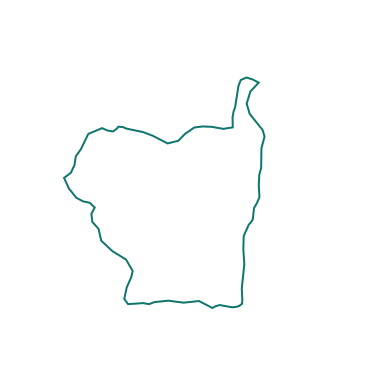 an SVG outline of Isparta, rotated 135°
{"feature_id": "TUR-2275", "entity_name": "Isparta", "entity_type": "Province", "adm_level": 1, "iso_a3": "TUR", "parent_name": "Turkey", "parent_adm1": "", "projection": "orthographic", "projection_center": [30.888, 37.933], "detail": "fine", "context": "isolated", "style": "outline", "palette": "teal", "viewbox_px": 384, "rotation_deg": 135, "n_neighbors": 0, "source": "natural_earth", "source_scale": "10m", "svg_char_len": 1119}
<svg xmlns="http://www.w3.org/2000/svg" viewBox="0 0 384 384"><g transform="rotate(135 192 192)"><path d="M259.6,95.6L264.1,109.9L276.2,119.7L285.6,131.9L296.4,140.7L301.6,143.0L305.2,148.1L316.5,157.9L315.5,164.3L305.6,170.7L294.8,174.9L289.8,178.1L286.4,190.9L290.1,206.3L290.6,221.8L284.2,231.9L283.6,241.3L278.6,247.7L271.8,249.8L271.9,256.6L275.7,262.5L277.9,269.7L276.6,281.4L272.5,292.4L264.0,291.3L256.1,294.1L248.9,299.4L240.4,300.8L224.3,306.4L210.5,300.8L208.2,295.1L205.0,290.6L200.3,289.9L197.9,290.3L195.0,286.8L193.6,283.3L184.2,268.9L180.0,259.5L174.9,243.6L165.5,237.9L155.7,238.0L144.8,236.0L138.1,230.8L132.1,224.3L125.2,214.5L117.5,208.9L110.2,216.4L106.0,219.3L101.4,221.6L84.2,234.1L78.4,236.7L72.6,234.5L69.6,228.8L67.5,222.2L79.6,221.8L90.9,215.8L96.0,206.4L98.2,186.0L101.5,179.9L112.0,173.8L126.1,160.1L132.1,156.7L140.2,149.4L147.8,140.8L153.5,138.4L159.5,136.8L168.3,129.7L171.5,128.9L174.9,128.8L186.6,124.3L196.4,115.0L205.9,104.1L225.1,88.5L232.6,80.2L235.7,77.6L239.4,78.1L242.6,79.9L245.3,82.3L252.3,92.4L255.7,94.4L259.6,95.6Z" fill="none" stroke="#0f766e" stroke-width="2"/></g></svg>